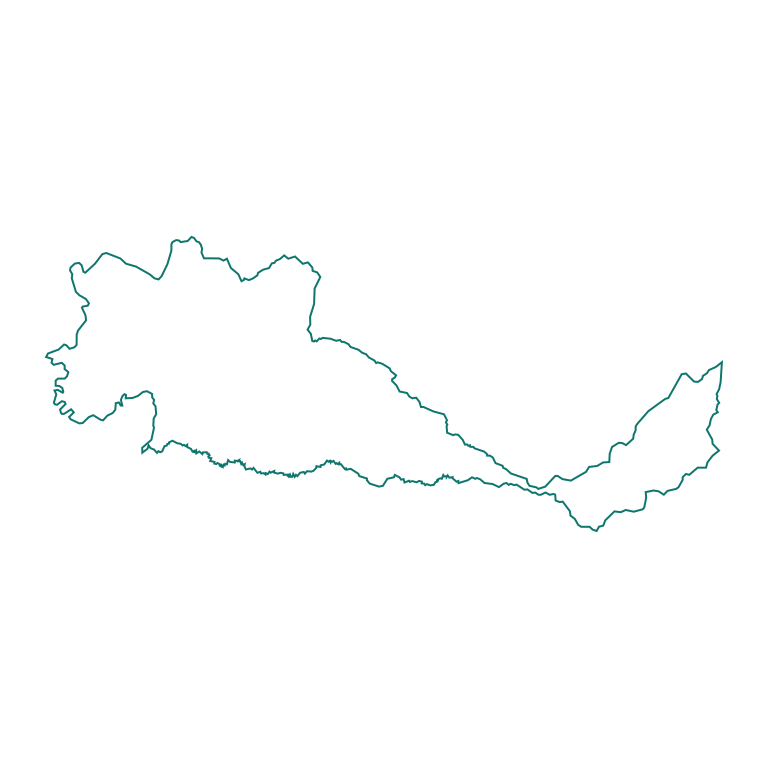 Pereira, Risaralda, Colombia (Mercator projection)
{"feature_id": "7082276B56557214099866", "entity_name": "Pereira", "entity_type": "district", "adm_level": 2, "iso_a3": "COL", "parent_name": "Colombia", "parent_adm1": "Risaralda", "projection": "mercator", "projection_center": [-75.671, 4.785], "detail": "fine", "context": "isolated", "style": "outline", "palette": "teal", "viewbox_px": 768, "rotation_deg": 0, "n_neighbors": 0, "source": "geoboundaries", "source_scale": "gbopen_adm2", "svg_char_len": 6061}
<svg xmlns="http://www.w3.org/2000/svg" viewBox="0 0 768 768"><path d="M492.5,484.0L499.0,487.1L503.5,483.8L506.5,483.0L508.8,484.9L510.6,483.8L514.1,485.1L516.6,484.6L524.4,489.7L527.4,489.4L532.4,492.9L535.4,492.6L538.3,494.7L540.7,494.8L545.5,492.5L549.7,494.8L553.4,494.0L555.2,494.6L555.6,500.5L559.7,502.1L562.7,501.6L569.9,511.2L570.5,515.6L574.9,519.0L578.1,524.8L581.2,526.8L589.6,526.8L592.6,529.6L596.6,531.0L599.0,526.7L603.3,525.6L605.2,520.4L614.5,511.4L620.8,512.2L625.7,510.0L633.8,511.7L642.7,509.3L644.2,507.6L646.2,497.7L645.7,492.1L653.6,490.5L658.6,491.3L663.8,494.7L667.5,490.9L676.2,488.9L678.6,487.1L682.7,479.8L682.6,477.3L685.9,474.0L689.3,474.8L697.6,467.7L706.0,467.7L707.5,462.3L712.6,455.7L719.0,450.6L712.6,443.8L712.2,439.5L706.8,429.7L709.6,425.2L710.9,419.0L713.3,414.6L717.8,412.3L716.3,410.0L717.6,404.5L719.2,402.9L716.8,399.0L717.4,396.3L716.6,394.1L719.1,389.3L720.6,382.2L721.9,362.2L715.8,367.0L708.9,370.1L706.9,373.3L703.0,375.8L702.0,379.1L698.0,381.9L694.1,381.6L685.9,373.5L681.7,374.2L668.4,397.9L665.1,399.0L648.3,411.2L637.2,424.0L635.7,426.3L635.6,430.4L633.7,434.6L633.2,438.7L626.1,445.1L622.0,443.0L618.8,442.8L612.0,447.0L609.7,453.8L609.3,462.1L603.2,462.4L597.1,466.0L589.1,466.9L586.1,471.8L570.9,480.6L562.4,479.1L557.6,475.9L555.2,476.0L545.3,486.6L538.3,488.9L536.5,487.4L529.5,485.8L527.5,482.8L526.7,478.9L510.9,473.5L506.2,469.2L503.2,467.8L502.6,465.8L495.5,463.1L492.8,457.5L490.0,455.7L487.1,455.6L487.2,454.3L484.2,451.6L474.4,448.3L473.5,446.9L470.3,446.8L470.0,445.3L468.3,445.8L467.2,444.5L465.0,444.6L462.7,439.8L458.2,434.8L455.0,434.4L453.3,435.2L447.1,432.7L446.6,425.9L447.3,424.6L445.9,422.3L447.0,420.3L444.0,414.3L433.3,411.4L423.3,406.9L421.0,407.1L419.5,402.0L416.2,397.7L412.3,398.3L409.4,396.6L407.0,393.0L399.6,391.5L396.5,385.5L392.0,380.8L392.3,379.0L394.8,377.6L396.1,375.3L390.9,371.2L389.7,368.4L382.3,363.8L377.9,362.4L376.1,363.0L374.4,360.5L368.8,357.4L366.1,354.2L362.2,352.8L358.6,349.8L350.6,347.0L348.4,344.1L343.9,341.9L341.6,341.9L340.1,340.0L336.2,340.8L330.4,338.7L322.6,337.9L320.9,339.0L319.4,338.5L316.7,341.3L315.2,340.5L314.1,341.5L312.3,341.0L310.8,333.8L307.6,329.6L310.3,324.6L310.1,316.8L314.1,303.9L314.6,288.6L320.3,277.0L317.2,272.4L312.7,270.9L312.3,267.5L307.9,262.4L302.8,263.8L295.0,256.5L288.3,258.7L284.2,255.4L280.0,259.0L275.9,260.7L274.5,262.8L271.8,263.4L269.0,268.1L263.3,269.6L258.1,272.8L257.3,275.4L252.8,278.5L248.9,280.1L244.4,278.4L243.9,279.9L241.5,281.2L238.3,274.2L230.9,268.0L226.9,258.7L223.5,260.6L219.2,258.4L204.0,258.3L201.5,252.6L202.1,248.8L200.9,244.9L199.1,242.3L196.3,241.2L194.1,238.0L191.4,237.0L187.7,241.0L180.7,242.1L179.0,240.5L176.2,240.1L172.4,242.1L171.4,244.4L171.4,250.6L167.4,264.2L161.7,276.0L158.6,279.4L154.4,278.3L149.8,274.4L136.1,266.6L126.0,263.7L120.4,258.5L106.3,253.0L102.4,254.1L95.0,263.7L85.3,272.7L83.4,271.7L81.7,265.4L79.1,262.9L74.8,263.6L70.6,267.5L70.0,270.3L72.3,274.3L71.8,278.3L75.9,291.9L79.4,295.3L85.9,299.0L88.9,303.3L87.9,305.6L82.7,306.6L81.9,307.6L85.4,315.1L86.1,320.3L78.0,330.6L76.7,334.6L76.6,344.9L74.4,347.3L69.5,348.8L66.4,345.3L64.1,344.5L58.7,349.5L48.0,353.5L46.1,357.0L52.4,359.0L51.5,362.7L53.7,364.8L61.8,362.8L64.7,365.6L64.6,369.0L68.3,372.1L67.1,376.1L64.8,378.6L58.0,378.6L55.7,380.6L55.6,385.7L59.4,386.0L62.3,388.0L63.3,391.9L62.7,392.7L57.7,389.9L54.5,390.5L56.3,394.3L53.9,402.7L54.8,404.2L57.0,404.8L61.9,401.2L64.7,402.0L65.6,404.0L60.1,409.5L60.9,412.8L61.9,413.9L64.2,413.8L71.1,409.3L73.8,412.4L69.1,417.0L70.8,419.4L79.4,423.4L82.7,423.0L88.7,417.2L93.2,415.2L100.7,419.8L103.1,420.3L107.4,415.6L112.7,413.0L115.3,409.7L115.8,403.1L118.9,402.5L120.7,405.5L122.3,405.6L120.9,399.9L122.4,396.2L124.4,394.2L126.0,394.9L125.7,398.3L132.4,398.0L138.0,395.9L142.9,392.0L146.9,391.2L152.1,393.9L152.2,397.4L154.1,399.9L153.3,403.4L155.5,406.3L156.2,414.2L153.7,418.5L153.3,425.6L154.0,427.7L151.4,439.8L142.2,447.8L142.3,452.7L147.6,448.7L148.6,445.3L150.6,448.2L154.1,449.6L157.0,452.9L158.4,451.2L160.2,452.2L162.2,451.4L164.5,446.2L166.7,445.6L167.3,444.0L169.1,443.6L169.0,442.4L172.5,440.7L177.1,443.2L180.8,443.8L182.5,445.5L184.0,444.8L185.5,446.1L187.2,444.8L187.2,447.0L191.1,449.0L192.5,451.6L194.3,450.8L194.1,452.1L195.2,452.3L196.2,450.9L196.4,453.4L199.3,451.5L202.4,454.1L202.9,452.4L206.8,452.3L207.4,453.9L208.6,453.6L209.6,455.4L208.3,456.4L208.7,457.7L211.3,458.1L210.2,461.0L214.5,461.9L214.3,463.6L216.3,464.0L217.4,463.0L220.2,464.5L219.7,465.7L221.3,466.6L221.8,465.3L222.9,466.9L223.7,464.7L224.7,465.4L225.2,463.8L226.9,464.3L228.1,460.1L230.0,461.9L234.8,462.5L234.8,460.6L237.1,461.0L238.9,460.1L238.4,461.3L240.1,461.1L241.2,463.9L242.0,462.6L243.2,465.0L244.7,464.2L244.3,466.1L245.9,469.5L250.4,468.4L252.0,469.5L253.5,467.9L257.4,472.8L260.4,471.8L261.0,473.4L263.7,473.2L265.5,474.5L265.7,473.1L267.7,474.1L269.5,471.6L270.5,472.7L274.2,471.0L274.0,472.5L277.6,473.6L280.7,472.8L283.4,473.4L283.7,474.9L288.1,474.6L287.8,475.8L288.9,476.8L290.0,474.7L290.7,476.8L292.2,476.8L293.2,473.9L294.7,476.8L296.0,474.8L297.4,476.1L300.2,472.7L303.8,472.0L304.9,473.6L307.0,471.2L311.4,471.6L313.6,470.7L316.3,467.8L316.4,466.2L320.5,467.0L320.7,465.3L324.2,464.5L327.0,460.6L328.4,461.7L329.6,460.9L330.5,462.4L330.9,461.0L332.0,461.8L333.5,460.9L335.6,463.8L336.5,463.2L337.5,464.0L339.2,462.8L339.2,464.4L340.8,464.1L344.9,469.1L346.0,468.4L346.4,469.7L350.6,468.8L358.3,473.7L359.3,476.1L366.9,478.5L366.9,480.2L369.7,483.6L379.1,486.6L382.9,485.8L387.3,478.8L393.9,477.3L394.8,474.9L399.4,477.3L401.2,479.7L403.6,479.1L404.5,482.5L409.1,480.7L409.8,481.9L412.2,481.1L416.7,482.3L419.1,480.9L421.9,481.7L421.7,483.4L424.2,483.7L425.2,485.2L426.9,484.1L430.2,485.4L433.9,484.8L435.5,482.1L436.9,481.8L437.0,480.4L438.0,480.5L438.0,479.3L440.3,478.3L441.8,478.8L443.3,475.0L444.3,476.5L446.5,476.1L446.6,477.1L447.7,475.4L449.4,477.7L452.6,477.1L452.5,478.2L456.5,481.7L458.3,481.0L458.5,483.1L467.9,480.2L472.0,477.3L475.2,478.8L476.8,478.0L480.2,479.3L484.5,483.0L492.5,484.0Z" fill="none" stroke="#0f766e" stroke-width="2"/></svg>